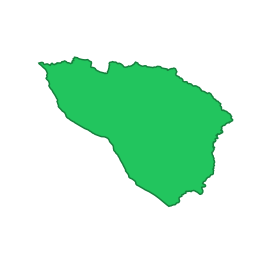 outline of Contralmirante Villar, Tumbes, Peru, rotated 282°
{"feature_id": "86281439B49517942967283", "entity_name": "Contralmirante Villar", "entity_type": "district", "adm_level": 2, "iso_a3": "PER", "parent_name": "Peru", "parent_adm1": "Tumbes", "projection": "equal_earth", "projection_center": [-80.726, -3.926], "detail": "fine", "context": "isolated", "style": "filled", "palette": "green", "viewbox_px": 256, "rotation_deg": 282, "n_neighbors": 0, "source": "geoboundaries", "source_scale": "gbopen_adm2", "svg_char_len": 5901}
<svg xmlns="http://www.w3.org/2000/svg" viewBox="0 0 256 256"><g transform="rotate(282 128 128)"><path d="M156.9,228.7L157.9,228.6L158.1,228.4L158.7,227.1L159.1,226.8L159.9,226.6L160.6,227.0L160.8,226.9L161.0,226.8L161.5,225.9L162.4,225.5L162.6,225.3L163.0,224.5L163.5,222.9L164.5,221.3L164.8,220.2L164.9,218.6L165.4,218.0L165.3,217.5L164.9,217.2L164.9,216.2L166.3,215.4L167.7,215.1L168.2,214.7L168.7,213.8L169.0,213.6L169.6,213.5L170.9,213.7L171.2,213.2L171.8,211.7L172.7,210.7L173.0,208.8L173.3,208.3L174.1,207.7L174.1,206.7L174.9,205.4L175.3,204.9L176.2,204.5L177.0,203.3L178.4,202.2L179.2,200.4L179.2,199.9L178.3,198.6L178.8,196.9L179.5,195.2L179.6,192.3L179.9,192.1L180.1,191.6L180.5,191.6L180.9,191.3L181.1,190.7L182.0,189.8L182.4,189.2L182.7,187.6L183.2,186.4L183.2,184.7L182.7,183.9L182.6,183.2L183.0,182.4L184.1,180.7L184.2,178.8L183.9,178.0L184.2,176.8L185.0,176.6L185.2,176.4L185.3,175.7L185.3,175.0L184.9,174.0L184.8,173.6L185.3,171.9L186.6,171.5L187.4,170.5L187.8,169.6L187.8,168.1L188.1,167.7L188.7,167.3L189.2,164.9L189.8,163.9L190.4,163.6L191.2,163.5L192.8,164.0L193.4,164.0L193.9,163.4L195.7,162.2L196.1,161.2L196.0,160.1L195.2,159.0L195.1,157.9L194.5,157.2L194.0,156.2L193.1,155.5L192.7,154.9L192.8,154.5L193.4,154.4L193.8,154.0L193.8,151.7L193.7,151.1L193.7,148.4L194.6,147.2L194.7,146.5L194.5,144.4L194.3,143.7L193.3,142.6L193.0,140.8L192.3,140.0L192.2,139.7L192.3,138.8L192.1,137.6L192.1,136.5L191.8,134.2L191.9,133.7L192.5,132.8L192.5,132.3L192.3,131.4L191.4,129.4L191.4,129.0L191.6,127.6L192.3,125.1L192.5,124.8L193.5,124.1L194.0,121.7L193.4,121.3L192.3,121.0L189.6,118.6L188.6,116.7L188.7,115.7L187.8,114.9L186.9,112.8L186.9,111.7L187.0,111.2L187.4,110.7L188.3,109.7L189.3,107.5L189.5,105.8L189.3,105.4L189.0,105.1L188.9,104.4L189.8,102.7L189.8,101.5L189.4,100.7L189.7,99.4L189.7,99.1L189.1,98.3L188.4,96.6L187.9,96.3L187.0,96.2L186.2,96.7L185.3,96.9L184.8,96.6L183.6,96.9L179.7,96.7L179.0,96.2L178.2,96.5L177.7,96.4L177.2,96.2L176.7,94.9L177.0,94.6L176.8,94.1L176.6,93.9L176.5,93.7L176.8,93.3L176.9,90.9L176.9,89.0L177.5,87.0L177.6,86.0L178.1,85.1L178.2,84.5L179.3,83.6L179.8,82.3L179.9,80.9L179.7,79.6L179.9,79.0L180.2,78.8L181.7,78.8L182.1,78.6L182.7,78.7L183.0,78.8L183.9,78.8L184.7,78.5L185.2,78.1L185.4,76.6L186.5,74.4L185.8,72.4L185.6,71.5L185.4,68.7L185.5,66.0L185.6,65.2L186.2,63.9L186.1,62.0L186.2,61.2L186.0,60.9L185.1,60.9L184.2,60.0L182.7,60.8L182.4,60.0L181.9,59.6L180.8,59.5L180.3,60.0L179.1,58.6L179.0,58.4L179.3,57.6L179.4,56.1L179.2,55.1L180.1,53.6L180.4,52.1L180.2,51.7L179.5,51.1L179.3,50.1L179.0,49.5L178.2,49.2L177.6,48.5L177.4,48.1L177.1,46.2L177.0,45.4L176.9,45.1L176.5,45.2L176.3,45.0L176.0,44.3L175.5,44.0L175.4,43.4L174.9,43.1L174.7,42.7L174.7,42.1L174.9,41.4L175.5,40.5L175.5,40.2L175.1,39.7L174.1,39.2L173.1,38.9L173.1,38.3L173.5,37.7L173.9,35.9L173.6,34.7L172.8,33.3L172.8,32.7L173.1,32.2L174.1,31.5L174.3,30.8L174.2,29.9L173.9,29.1L172.9,27.3L172.3,27.8L171.1,30.3L170.0,31.9L168.2,35.1L167.0,36.3L166.3,36.7L165.0,37.7L164.4,37.9L162.7,37.5L161.5,38.2L160.8,38.1L159.9,37.6L159.5,37.6L158.7,38.5L157.6,40.3L156.6,41.1L154.9,42.0L154.0,42.1L153.3,41.8L152.5,42.1L150.5,44.0L149.0,46.1L148.0,46.7L144.9,49.8L143.3,51.2L142.3,51.9L141.4,53.0L140.1,53.4L139.1,53.1L138.5,53.6L136.7,54.6L135.9,55.3L135.0,55.3L134.4,55.5L133.9,56.1L132.2,58.6L130.9,60.3L130.5,61.6L129.7,63.0L127.6,64.7L127.2,64.7L126.8,64.9L125.7,66.0L125.2,66.9L124.7,68.5L123.8,70.2L123.0,72.6L122.7,73.9L122.1,75.0L120.6,79.5L118.5,85.9L117.9,89.5L117.1,91.2L116.8,92.3L115.7,94.6L115.6,95.5L115.0,97.1L114.1,103.1L114.1,104.2L114.5,106.5L114.4,107.9L113.7,110.5L112.4,112.0L110.9,112.9L110.3,113.6L107.9,116.9L106.6,117.6L104.9,118.1L103.1,118.9L102.5,119.7L101.7,120.8L100.9,121.4L99.6,123.6L98.4,124.4L97.3,125.6L94.4,127.7L93.8,128.5L93.1,128.9L91.9,130.2L90.7,131.0L87.6,133.6L86.4,134.5L85.6,134.5L82.7,137.9L81.4,138.7L80.4,139.0L79.9,139.5L79.5,140.4L79.0,142.7L77.7,145.6L76.6,146.8L75.4,147.2L74.6,147.7L74.1,148.4L73.4,151.0L73.1,151.8L72.0,155.3L71.2,157.4L70.1,162.0L67.9,168.2L65.8,172.8L61.0,181.9L59.9,184.3L60.4,185.0L60.8,186.3L61.3,186.8L62.4,188.6L62.7,189.9L63.2,190.4L64.6,191.0L65.7,193.1L66.4,193.4L67.4,193.6L69.3,192.6L70.7,192.6L71.6,193.5L72.4,194.8L73.8,194.6L74.1,194.9L74.3,195.7L75.5,196.5L76.3,198.1L76.7,198.2L77.5,197.8L78.1,198.0L78.3,199.3L79.1,201.6L78.9,202.9L79.7,203.4L80.6,205.4L80.4,206.5L80.0,207.6L79.8,208.6L79.3,209.9L79.0,210.4L78.2,211.9L78.2,212.6L79.2,214.0L79.9,214.0L80.8,214.5L81.5,214.4L82.4,214.2L84.0,213.0L85.1,212.5L85.5,212.6L86.4,215.2L86.9,215.7L87.3,215.9L87.8,215.8L88.4,215.3L89.2,212.6L89.6,212.6L90.4,212.8L91.3,213.2L92.4,214.7L94.7,215.3L96.3,216.3L97.2,218.0L98.4,218.3L99.4,218.8L100.2,220.5L101.0,220.9L103.4,220.5L104.3,220.6L105.4,219.6L106.0,220.1L106.5,220.3L106.9,220.2L107.6,219.7L108.4,219.9L109.3,220.3L110.3,219.5L111.2,219.5L112.2,219.8L112.8,219.7L113.8,219.3L114.8,218.4L116.2,218.4L117.4,217.4L118.4,217.1L119.2,216.2L121.5,215.1L122.5,216.0L123.1,216.0L124.9,216.6L125.5,216.4L126.0,216.0L126.7,216.7L127.1,216.6L127.2,216.4L126.9,215.4L127.5,215.0L128.3,215.2L128.9,214.9L129.4,214.9L130.0,214.5L131.0,214.5L131.4,215.1L131.7,215.1L132.0,214.7L132.5,215.1L132.8,216.1L133.2,216.3L134.3,216.4L134.9,215.7L135.6,215.6L136.2,216.4L136.2,216.9L136.6,217.1L136.4,217.8L136.7,218.0L137.1,217.8L137.3,217.1L138.4,216.9L138.5,216.7L139.0,216.8L138.9,215.9L139.2,215.8L139.6,216.1L139.8,216.6L140.2,217.0L140.6,216.8L140.9,217.0L141.0,217.4L140.8,218.0L141.0,218.8L142.2,220.2L142.4,219.9L142.6,219.9L143.2,221.4L143.5,221.4L144.0,221.1L144.4,221.2L144.6,220.7L145.1,220.5L145.1,219.8L145.4,220.0L146.0,219.6L146.5,219.9L146.9,219.9L147.6,219.7L148.3,219.2L149.0,219.8L149.6,220.0L150.4,220.9L150.5,221.5L151.1,222.3L152.4,222.9L153.5,223.9L154.1,225.2L154.0,225.3L154.1,225.8L154.6,225.6L155.0,226.0L155.2,227.0L156.0,227.5L156.9,228.7Z" fill="#22c55e" stroke="#15803d" stroke-width="1.5"/></g></svg>